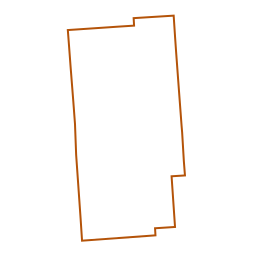 the district of Lee, Mississippi, United States of America, rotated 176°
{"feature_id": "52423323B67844258759837", "entity_name": "Lee", "entity_type": "district", "adm_level": 2, "iso_a3": "USA", "parent_name": "United States of America", "parent_adm1": "Mississippi", "projection": "equal_earth", "projection_center": [-88.697, 34.292], "detail": "fine", "context": "isolated", "style": "outline", "palette": "amber", "viewbox_px": 256, "rotation_deg": 176, "n_neighbors": 0, "source": "geoboundaries", "source_scale": "gbopen_adm2", "svg_char_len": 458}
<svg xmlns="http://www.w3.org/2000/svg" viewBox="0 0 256 256"><g transform="rotate(176 128 128)"><path d="M74.6,236.9L114.7,237.2L114.8,229.7L132.0,229.8L139.6,229.8L181.2,229.9L181.1,215.1L181.0,192.9L180.7,157.0L180.6,135.6L181.6,104.8L181.6,57.3L181.6,40.9L181.7,18.8L108.1,19.0L108.0,26.1L88.0,26.0L87.9,76.8L74.5,76.7L74.6,91.3L74.3,119.7L74.4,127.0L74.6,171.0L74.7,200.3L74.7,215.2L74.6,236.9Z" fill="none" stroke="#b45309" stroke-width="2"/></g></svg>